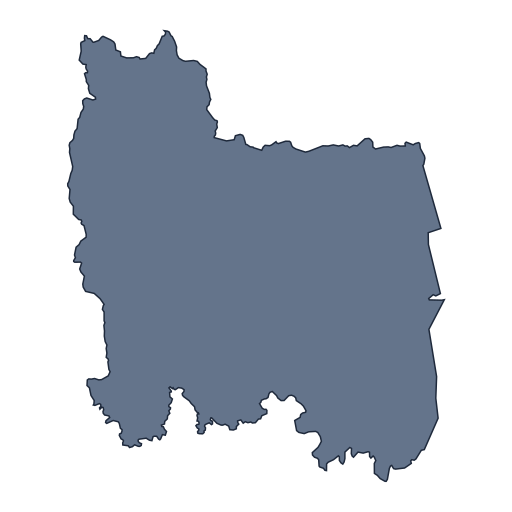 the district of Hakha, Chin, Myanmar
{"feature_id": "60261553B91300055563286", "entity_name": "Hakha", "entity_type": "district", "adm_level": 2, "iso_a3": "MMR", "parent_name": "Myanmar", "parent_adm1": "Chin", "projection": "mercator", "projection_center": [93.452, 22.539], "detail": "fine", "context": "isolated", "style": "filled", "palette": "slate", "viewbox_px": 512, "rotation_deg": 0, "n_neighbors": 0, "source": "geoboundaries", "source_scale": "gbopen_adm2", "svg_char_len": 5953}
<svg xmlns="http://www.w3.org/2000/svg" viewBox="0 0 512 512"><path d="M164.3,30.7L165.6,32.1L165.4,34.2L164.0,36.0L162.2,36.3L159.1,43.9L157.4,45.6L156.2,48.4L154.6,49.8L153.8,53.3L151.6,52.9L149.5,53.6L145.7,58.4L140.0,59.0L139.2,57.5L136.5,56.7L133.4,57.8L126.6,57.9L120.9,56.0L120.4,51.8L115.8,50.0L115.0,44.0L113.7,41.9L110.5,39.8L103.0,36.3L101.6,37.1L98.7,40.5L93.7,42.3L93.0,42.2L90.1,38.7L87.7,38.6L86.5,35.8L84.7,35.6L84.4,38.2L84.8,40.6L81.1,42.4L80.7,43.9L81.2,51.2L79.2,60.1L82.9,64.1L86.2,64.6L85.8,67.1L86.1,68.8L87.6,71.2L87.4,72.7L85.7,72.7L84.5,73.7L86.3,79.5L86.3,81.6L88.7,85.4L88.4,88.7L89.8,93.3L95.4,97.2L95.6,99.1L92.9,100.0L86.7,98.0L84.4,98.9L82.7,100.7L82.8,103.7L83.7,106.4L83.3,109.1L81.0,112.4L79.7,117.4L78.1,119.2L77.1,128.6L75.0,131.1L73.9,134.9L73.7,138.4L72.5,140.4L69.9,142.7L69.2,145.2L69.8,148.7L69.5,152.4L72.7,166.5L72.2,170.3L70.8,173.5L68.9,181.5L67.7,183.7L67.8,186.0L70.0,189.5L69.2,198.5L70.2,202.1L73.4,206.2L73.3,214.2L78.7,219.5L81.1,219.9L81.8,221.3L81.1,223.0L81.7,224.2L84.0,225.6L86.2,234.4L86.1,237.2L80.8,241.1L79.1,244.6L76.1,247.2L74.5,255.0L75.4,257.7L73.7,260.5L73.7,261.5L74.7,262.2L80.5,262.1L81.6,263.1L79.7,269.0L80.9,272.0L84.4,276.1L82.8,284.1L83.2,287.1L85.6,291.4L94.2,293.4L100.1,298.7L104.1,304.4L103.3,305.6L102.4,309.4L104.1,312.0L104.1,320.8L104.9,322.6L103.9,325.4L104.5,331.0L104.3,336.1L105.2,341.6L106.9,345.0L106.2,348.5L106.9,353.1L106.2,357.3L108.2,359.1L108.5,360.7L107.9,361.9L108.9,369.4L110.1,371.7L108.2,375.9L101.6,379.6L98.8,379.9L94.5,378.5L91.5,379.1L88.8,378.9L87.3,380.0L87.0,385.5L89.4,387.8L91.0,395.5L94.2,400.5L93.9,404.0L93.3,405.0L94.9,405.4L99.4,403.6L100.7,404.4L100.9,406.2L99.5,407.9L99.9,409.2L101.9,407.2L103.1,407.5L103.7,409.8L103.0,411.4L103.2,413.2L104.6,415.0L108.9,415.9L109.7,417.5L106.0,420.7L105.6,422.5L106.7,423.4L113.2,420.5L118.3,421.8L119.3,423.5L120.4,428.3L122.0,429.6L122.0,431.1L121.2,433.3L119.6,433.9L119.3,435.4L121.1,438.9L122.7,439.7L123.5,440.9L122.7,442.8L122.8,445.0L128.3,445.8L129.5,447.5L132.4,446.7L134.6,444.8L138.2,446.3L139.7,446.4L141.2,445.5L141.5,443.7L139.4,442.8L138.2,441.4L138.1,440.1L139.0,439.2L146.2,438.2L149.4,440.2L151.9,440.7L153.0,436.8L154.1,436.2L156.7,436.3L158.6,439.1L159.8,439.8L160.7,438.8L162.4,434.6L165.3,435.2L166.5,431.5L164.4,429.2L163.4,426.8L161.8,426.5L161.4,425.1L164.5,424.0L164.7,421.4L167.3,418.9L167.6,415.7L169.8,413.3L168.8,410.8L170.4,409.0L170.5,407.7L168.8,406.6L168.8,405.2L171.2,402.7L172.4,399.0L169.9,396.8L169.6,392.4L171.3,391.9L171.3,391.1L168.9,387.9L170.1,386.8L172.5,388.6L173.1,387.8L174.2,389.4L175.3,389.7L178.4,387.6L181.7,388.1L184.1,389.7L183.9,391.6L182.2,393.6L182.5,395.2L183.6,396.6L189.3,400.8L191.2,403.5L194.5,406.7L195.1,409.9L197.4,412.6L198.3,412.7L198.8,413.9L197.3,414.2L197.0,415.6L197.7,417.8L197.0,421.0L198.5,421.3L199.1,423.0L198.8,424.3L197.0,424.5L195.9,425.7L197.3,428.0L198.8,428.9L198.8,430.0L197.5,431.8L197.9,433.3L199.5,433.7L202.7,433.8L204.1,432.5L204.0,431.0L205.3,430.1L205.5,427.8L204.6,426.4L204.7,425.2L205.8,424.3L209.2,422.8L211.5,424.6L212.5,423.9L212.5,421.2L210.8,420.5L210.3,419.6L210.8,417.9L211.6,417.8L216.9,423.3L221.1,425.1L222.8,425.1L225.1,424.2L228.7,426.1L229.8,429.7L233.4,430.0L236.3,428.8L236.4,426.5L238.8,424.1L237.7,422.4L237.6,420.9L240.8,419.9L243.2,423.2L245.3,421.7L247.9,422.7L250.8,422.0L252.4,423.0L255.4,422.7L258.4,419.1L260.6,418.8L261.8,415.7L266.8,413.6L266.9,410.4L266.0,409.3L264.2,409.4L262.2,408.2L259.5,403.6L260.8,402.4L261.4,400.3L264.5,398.9L266.0,398.8L268.0,397.5L268.9,393.9L270.0,392.3L272.3,391.5L276.6,395.6L277.8,398.0L281.1,400.6L284.1,400.5L288.7,395.7L291.5,395.2L294.0,396.2L295.7,397.8L296.3,400.6L301.1,403.8L303.4,406.1L306.0,410.7L305.6,412.3L302.6,413.0L300.7,414.5L300.1,417.4L294.7,420.5L296.6,430.6L298.8,432.4L304.2,433.6L308.7,431.8L315.7,431.4L317.8,432.5L320.3,436.6L321.4,441.3L319.8,444.4L318.0,447.4L312.3,452.6L312.5,455.0L314.5,457.2L317.5,458.3L318.7,459.8L319.1,466.1L319.8,467.0L323.5,468.3L324.9,470.3L326.5,470.6L326.6,463.9L328.2,462.2L333.5,459.7L338.4,455.8L339.3,456.7L339.4,460.5L341.0,462.9L342.8,464.1L344.1,462.0L344.9,458.6L344.9,452.1L349.8,447.5L351.5,448.4L351.3,453.7L352.2,456.1L353.5,457.2L358.0,452.1L363.2,453.1L368.1,451.7L369.5,452.2L369.6,456.5L370.9,458.1L373.1,456.0L374.3,457.2L375.8,460.6L374.3,463.5L374.4,473.4L377.3,475.3L380.2,478.6L385.0,481.3L386.2,481.3L387.4,479.3L389.4,468.3L390.5,466.0L391.7,465.4L393.6,468.6L395.5,469.1L404.6,468.0L411.3,463.4L410.7,460.9L411.8,459.7L414.2,460.2L415.9,459.0L421.3,450.3L424.3,449.6L438.1,418.2L435.8,398.2L436.6,376.6L428.9,329.3L444.3,299.7L441.7,300.2L429.3,299.9L428.7,298.5L433.2,294.7L435.8,295.9L440.4,293.6L428.4,244.5L428.2,232.7L440.9,228.4L422.9,165.6L423.8,164.2L424.9,158.3L424.4,155.9L420.4,148.5L419.7,143.5L418.7,142.6L415.3,143.5L413.2,144.8L406.2,142.1L405.0,143.3L405.3,146.0L400.0,146.1L397.0,145.3L391.1,147.5L388.2,146.9L383.5,147.1L375.5,149.0L372.9,147.0L372.7,142.2L370.7,139.6L368.9,138.4L365.0,138.8L357.1,145.9L353.5,145.3L349.5,147.6L347.3,145.9L345.1,146.1L342.9,144.9L338.6,146.0L333.3,144.9L328.2,146.0L322.8,145.8L308.8,151.3L305.4,152.1L295.9,149.0L293.0,147.3L291.8,145.8L290.6,142.2L289.4,141.3L285.6,141.2L278.3,143.6L276.7,142.9L276.0,141.7L271.5,145.0L269.6,145.7L265.1,145.3L263.2,147.1L261.7,150.3L253.5,147.7L253.1,147.1L250.2,146.8L247.0,144.6L245.8,144.4L243.8,137.4L242.7,135.3L240.1,134.4L235.4,135.7L234.2,139.7L226.5,140.9L214.2,137.6L214.3,136.3L215.4,135.0L215.7,133.1L215.2,131.0L217.3,127.6L216.7,124.0L217.4,122.0L217.0,120.7L214.7,120.0L212.5,117.5L206.7,109.6L207.0,106.8L209.1,104.7L209.5,102.0L210.8,99.4L209.9,97.5L209.4,93.3L206.5,85.8L206.1,82.2L206.9,79.4L206.4,77.0L207.2,74.2L206.0,71.0L206.0,68.9L199.9,64.3L197.3,61.4L193.6,60.5L185.5,61.3L182.9,60.6L178.9,58.2L177.1,54.8L176.4,50.6L176.6,47.0L174.6,41.2L172.2,36.5L171.0,35.8L169.1,32.0L167.6,31.2L164.3,30.7Z" fill="#64748b" stroke="#1e293b" stroke-width="1.5"/></svg>